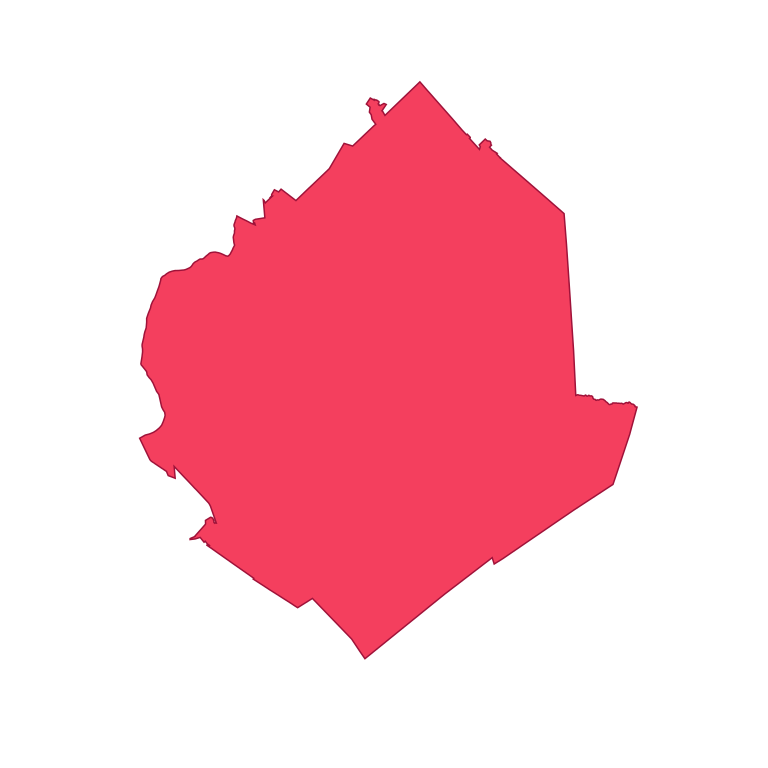 the district of Mier, Tamaulipas, Mexico, rotated 227°
{"feature_id": "50627088B19734737763323", "entity_name": "Mier", "entity_type": "district", "adm_level": 2, "iso_a3": "MEX", "parent_name": "Mexico", "parent_adm1": "Tamaulipas", "projection": "albers", "projection_center": [-99.247, 26.417], "detail": "fine", "context": "isolated", "style": "filled", "palette": "rose", "viewbox_px": 768, "rotation_deg": 227, "n_neighbors": 0, "source": "geoboundaries", "source_scale": "gbopen_adm2", "svg_char_len": 6015}
<svg xmlns="http://www.w3.org/2000/svg" viewBox="0 0 768 768"><g transform="rotate(227 384 384)"><path d="M183.1,534.9L194.5,553.3L195.0,553.0L195.7,552.4L195.8,552.3L195.9,552.2L196.3,552.2L196.5,552.3L196.7,552.5L196.9,552.7L197.6,552.7L198.0,552.6L198.6,552.6L199.1,552.5L199.6,552.2L200.1,551.8L200.4,551.5L200.9,551.4L201.6,551.3L202.1,551.3L202.8,551.3L203.0,551.2L203.3,551.2L203.7,550.8L203.7,550.5L203.5,550.1L203.4,549.8L203.5,549.6L203.6,549.3L203.9,549.2L204.5,549.1L204.9,548.8L205.3,548.4L205.5,547.8L205.6,547.2L205.8,546.6L205.9,546.2L206.0,545.6L206.2,545.3L206.6,545.1L207.0,545.0L207.6,544.8L208.0,544.5L208.4,543.8L208.8,543.5L209.2,543.1L209.5,542.9L209.8,542.6L210.1,542.3L210.5,541.8L210.8,541.5L211.4,541.2L211.8,540.8L212.2,540.4L212.5,539.9L213.1,539.5L213.7,538.8L214.0,538.5L214.1,538.3L214.2,538.0L214.0,537.5L213.9,537.2L214.0,536.8L214.3,536.5L214.6,536.2L214.8,535.3L215.4,534.7L216.0,534.6L216.7,534.6L217.2,534.6L218.2,534.6L218.9,534.4L219.5,534.3L220.2,534.2L220.9,534.3L221.4,534.2L222.1,534.1L222.9,533.9L223.4,533.8L223.8,533.4L224.3,533.0L225.0,532.3L225.2,532.1L225.4,531.6L225.5,531.3L225.7,530.6L225.8,530.2L226.1,529.8L226.4,529.5L226.9,529.2L227.0,529.0L227.2,528.7L227.2,528.2L227.4,528.0L227.6,527.9L227.9,527.8L228.2,527.8L228.6,527.9L228.8,527.9L229.2,527.6L229.4,527.4L229.7,527.1L230.1,527.1L230.5,527.1L230.8,527.1L231.2,527.3L231.4,527.3L231.7,527.5L231.9,527.6L232.1,527.8L232.4,527.8L232.6,527.9L233.1,527.9L233.6,527.7L234.0,527.5L234.3,527.1L234.5,526.8L234.8,526.5L235.0,526.4L235.6,526.3L235.9,526.2L236.1,526.0L236.2,525.8L236.2,525.5L236.2,525.3L236.2,525.1L236.2,524.8L236.3,524.6L236.5,524.3L236.9,524.1L237.2,524.0L237.6,524.0L238.2,524.0L238.5,523.8L238.6,523.6L238.5,523.2L238.6,522.6L238.7,522.3L238.9,522.1L239.1,521.9L239.4,521.7L239.6,521.6L239.9,521.4L240.2,521.1L240.6,520.8L240.9,520.6L241.3,520.4L241.5,520.2L241.8,519.9L242.2,519.5L242.6,519.1L242.9,519.0L243.2,518.8L243.5,518.7L243.8,518.5L244.2,518.1L244.3,517.8L244.5,517.3L244.5,517.0L244.7,516.6L244.8,516.4L275.3,542.2L279.1,545.4L286.1,551.1L305.6,567.0L321.0,579.6L330.2,587.1L342.0,596.7L361.8,612.8L364.7,615.1L385.8,631.9L399.7,630.5L405.8,629.9L421.2,628.3L454.2,624.8L470.1,623.1L470.1,623.4L471.6,623.2L475.5,623.2L475.5,624.1L481.2,622.6L485.2,622.7L485.4,625.5L486.2,625.5L487.7,626.7L489.2,627.1L491.5,625.3L494.1,625.1L493.9,616.7L491.9,616.3L490.5,613.8L505.3,614.0L505.3,615.0L505.6,615.3L509.9,615.3L510.1,614.3L516.4,614.3L531.9,614.9L550.5,615.4L569.1,615.9L580.5,616.3L579.8,569.7L579.8,567.9L584.0,568.9L585.2,568.8L585.2,569.4L585.5,570.3L586.9,576.3L589.2,575.3L590.3,571.0L591.1,570.6L591.4,570.5L591.6,570.9L591.8,571.0L592.8,570.8L592.9,571.3L593.6,572.7L594.0,572.9L596.7,572.3L596.9,571.8L598.8,571.0L598.3,570.4L602.5,569.0L600.8,562.0L595.9,562.6L592.8,558.7L589.7,558.3L585.8,555.8L579.6,555.1L579.7,552.2L579.4,523.4L587.2,518.9L578.8,490.9L578.7,485.7L578.5,466.9L578.5,463.0L578.3,449.3L578.2,444.7L596.7,441.6L596.3,438.0L600.8,436.3L599.2,431.0L598.3,430.5L598.1,428.8L597.5,429.8L597.5,424.9L597.4,420.7L600.0,421.5L601.1,421.4L586.8,410.2L592.2,402.2L592.8,399.9L590.6,398.3L590.1,399.2L588.2,398.3L592.8,396.2L594.7,395.6L597.2,394.7L600.8,393.3L607.2,391.0L606.9,390.6L605.9,389.1L605.0,386.9L604.1,385.5L603.5,384.3L602.8,383.0L601.9,382.1L600.9,381.7L599.9,381.3L598.9,380.5L598.1,379.2L596.3,377.5L595.5,375.9L594.8,374.7L594.0,373.7L592.3,372.5L590.0,370.8L588.5,369.9L587.5,369.5L587.0,368.4L586.3,366.3L585.4,364.4L584.5,361.7L584.0,360.4L583.8,358.7L583.8,357.8L584.0,356.9L584.7,356.4L585.7,355.7L587.1,355.2L588.6,354.6L590.9,353.6L592.7,352.6L594.2,351.5L595.6,350.5L596.6,349.3L597.6,347.9L598.4,346.6L598.7,345.4L598.7,343.5L598.9,341.3L598.9,339.4L598.9,337.7L599.2,336.6L599.6,336.0L600.5,335.1L601.0,334.3L601.3,332.5L601.6,330.7L602.1,329.2L602.2,327.6L602.1,326.1L601.7,324.8L601.4,323.1L601.5,321.4L602.1,319.5L602.8,317.4L603.7,315.6L605.4,313.4L607.0,311.3L609.5,308.5L611.0,306.0L612.3,303.2L612.9,300.1L613.0,297.7L613.6,295.7L613.6,294.4L613.2,292.7L612.1,291.3L610.4,288.6L608.7,285.8L606.9,282.2L604.9,278.4L603.3,275.1L602.1,270.9L600.5,267.4L598.8,265.0L596.4,259.8L593.9,255.2L591.1,252.6L589.0,250.3L587.2,248.3L585.1,244.4L583.4,241.9L582.2,240.5L579.5,236.5L578.0,234.2L576.8,233.0L574.3,231.3L572.1,229.3L568.8,225.4L566.4,222.3L564.7,220.1L563.7,219.5L561.9,219.4L557.8,219.1L554.9,218.8L553.8,218.1L552.2,217.0L548.9,216.6L546.1,216.6L542.1,215.7L533.8,212.7L529.9,212.2L526.6,210.3L519.0,205.8L515.7,204.8L512.9,204.3L510.4,202.6L509.1,200.7L507.1,197.0L505.5,193.3L505.1,189.9L505.3,185.6L505.9,182.4L507.4,178.4L509.5,174.5L511.0,168.3L488.6,161.3L487.2,161.1L485.6,161.3L468.4,165.3L464.2,163.7L457.5,167.0L466.8,174.3L452.7,174.4L444.9,174.5L436.7,174.5L434.6,174.6L427.8,174.6L421.6,174.6L420.0,174.6L418.7,174.6L417.6,174.6L416.8,174.6L415.9,174.5L415.0,174.3L414.3,174.1L413.6,173.9L412.9,173.7L412.0,173.3L408.6,171.8L396.6,166.5L396.7,166.4L396.9,166.3L397.1,166.2L397.4,166.1L397.6,165.9L397.6,165.7L397.6,165.3L397.8,165.3L398.0,165.2L398.4,165.2L398.6,165.2L398.8,165.3L399.0,165.3L399.3,165.6L399.4,165.8L399.5,166.0L399.9,166.1L400.0,166.2L400.2,166.4L400.4,166.4L400.6,166.4L400.8,166.5L401.1,166.8L401.3,166.8L401.6,166.9L401.8,166.9L402.0,167.0L402.3,167.0L402.6,167.1L402.8,167.2L403.0,167.1L403.4,167.0L403.6,167.0L403.7,166.8L403.9,166.8L404.1,166.7L404.3,166.7L404.5,166.6L404.7,166.4L404.8,166.3L406.0,160.4L403.3,158.0L403.1,156.8L401.7,142.0L401.4,141.8L403.2,136.8L402.5,136.1L399.5,140.2L397.2,144.9L391.0,144.5L391.0,146.0L387.3,145.8L384.2,146.4L387.5,144.4L372.7,147.5L353.5,151.5L330.7,156.3L330.5,155.3L313.8,159.5L311.6,160.0L306.0,161.5L293.2,164.8L286.2,166.6L282.3,167.5L282.0,167.6L279.3,168.3L276.0,185.4L220.4,186.4L219.5,186.4L204.9,184.0L196.1,182.7L193.3,223.0L190.9,257.3L189.0,284.6L183.2,344.7L177.2,341.8L175.2,352.0L172.0,373.2L162.4,436.6L159.4,454.0L154.4,483.0L159.8,493.0L179.6,529.3L183.1,534.9Z" fill="#f43f5e" stroke="#9f1239" stroke-width="1.5"/></g></svg>